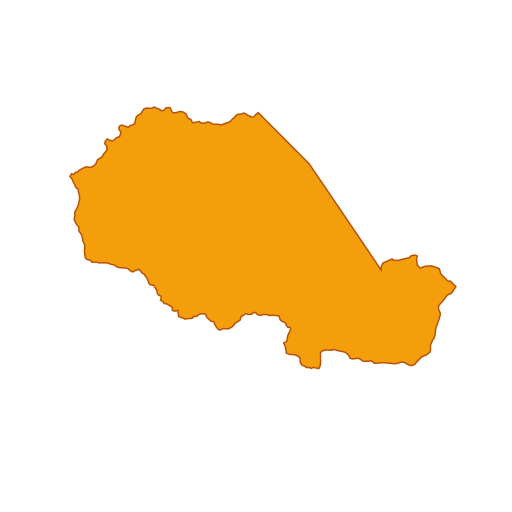 outline of Lagoa Grande, Pernambuco, Brazil, rotated 318°
{"feature_id": "56859067B53919588563168", "entity_name": "Lagoa Grande", "entity_type": "district", "adm_level": 2, "iso_a3": "BRA", "parent_name": "Brazil", "parent_adm1": "Pernambuco", "projection": "mercator", "projection_center": [-40.254, -8.803], "detail": "fine", "context": "isolated", "style": "filled", "palette": "amber", "viewbox_px": 512, "rotation_deg": 318, "n_neighbors": 0, "source": "geoboundaries", "source_scale": "gbopen_adm2", "svg_char_len": 4071}
<svg xmlns="http://www.w3.org/2000/svg" viewBox="0 0 512 512"><g transform="rotate(318 256 256)"><path d="M137.5,158.5L140.9,161.7L143.1,165.8L144.8,167.8L145.2,170.8L146.6,173.1L152.2,179.0L153.1,184.2L154.2,185.7L156.5,185.9L158.1,186.8L160.0,187.5L160.2,190.2L159.9,192.0L160.8,195.2L160.2,197.0L160.4,199.1L159.2,202.1L158.2,204.4L158.3,206.9L160.5,209.7L159.5,213.5L159.1,215.9L157.8,217.4L157.3,219.3L158.6,222.4L157.4,223.7L155.4,225.0L156.4,227.4L155.9,229.8L157.6,231.8L159.5,238.0L157.5,240.5L158.7,242.6L161.3,244.1L159.9,246.3L158.1,249.2L159.2,251.6L160.3,253.2L160.9,255.3L162.7,256.4L164.1,257.4L165.4,258.6L167.1,259.7L168.9,259.1L170.9,260.7L172.8,261.2L174.7,261.3L176.8,262.6L178.6,264.0L179.6,265.4L178.4,268.8L178.9,274.2L180.7,276.7L179.6,279.3L179.2,281.3L178.8,284.5L179.4,286.8L182.8,288.0L184.9,289.7L186.3,291.5L190.1,292.6L193.0,292.6L195.1,292.1L197.3,292.3L201.6,293.0L203.6,291.2L207.0,291.5L209.8,292.0L211.1,294.3L213.8,296.4L215.9,296.2L217.8,297.5L217.9,299.8L218.6,301.9L219.9,303.3L222.7,304.6L223.9,306.0L225.3,307.1L226.0,309.2L228.7,311.0L233.0,316.0L231.6,318.6L231.4,321.4L232.5,323.4L233.1,325.6L232.2,327.8L231.9,330.3L233.7,332.0L232.4,334.0L228.5,335.4L225.6,336.9L222.0,340.0L218.3,339.2L217.1,343.1L215.3,346.1L213.6,348.5L214.5,350.4L215.6,352.2L218.7,355.3L220.5,359.3L220.4,361.4L217.7,364.6L217.1,368.4L218.5,370.0L218.7,372.4L221.1,374.7L221.8,376.4L224.1,377.2L227.3,381.7L229.1,381.1L231.5,379.6L233.9,377.2L235.2,375.3L237.3,373.2L238.5,371.7L240.8,370.6L243.2,371.6L245.8,373.2L249.4,376.9L251.3,377.5L254.0,381.9L256.3,384.7L257.7,387.0L258.5,390.6L258.3,392.5L257.4,394.8L258.8,397.0L263.7,400.5L264.5,402.7L265.2,406.0L267.2,407.5L269.2,409.6L271.5,410.6L272.2,414.9L276.6,418.5L279.4,420.6L280.7,422.0L286.9,428.8L289.0,430.3L293.0,432.0L294.7,433.8L296.9,439.7L298.1,441.4L299.6,442.3L301.6,442.6L306.5,442.2L311.0,441.8L314.0,442.6L316.4,443.5L320.7,443.9L323.2,442.3L325.8,439.1L331.0,436.7L333.3,436.2L336.4,434.4L338.1,432.8L341.8,429.6L346.8,427.1L351.5,424.4L353.9,422.7L354.9,421.2L356.4,417.0L358.7,415.1L367.8,414.0L370.3,413.3L372.7,413.2L376.0,414.5L384.0,412.6L383.8,408.3L383.6,404.5L381.9,403.2L381.7,400.8L381.6,397.3L381.3,395.1L381.5,392.7L382.9,389.7L383.7,388.0L381.0,382.7L379.8,380.6L377.4,379.0L375.2,377.0L372.2,375.7L369.9,374.8L369.8,371.0L371.0,368.7L372.4,367.0L373.6,365.3L375.9,363.9L374.8,361.8L371.6,359.6L369.0,359.9L358.1,354.0L355.5,351.3L355.2,349.3L350.4,347.7L345.5,346.1L341.7,348.0L339.6,350.1L342.6,328.9L356.2,230.3L357.2,223.1L354.0,158.9L353.9,156.7L353.7,153.0L353.5,150.9L350.5,150.8L347.4,151.1L345.9,150.2L345.1,147.9L344.0,146.0L343.5,143.4L342.3,141.5L339.6,140.4L337.2,138.4L334.8,138.1L332.6,138.7L330.5,138.3L327.6,138.8L325.1,138.4L323.4,137.4L318.0,135.4L316.4,133.4L315.1,131.8L312.2,129.4L310.9,125.5L309.7,123.9L307.0,123.0L304.4,120.8L303.7,117.9L300.9,116.5L298.0,114.4L299.0,110.7L297.9,109.2L297.8,107.2L299.0,104.0L298.4,100.7L296.3,97.7L293.5,96.5L290.8,94.8L289.9,93.2L291.4,88.1L288.0,85.5L285.5,86.4L282.9,84.8L282.7,82.9L279.9,77.1L277.5,76.5L276.2,75.4L274.6,73.9L273.3,72.6L271.0,71.7L267.7,72.6L265.2,73.3L262.8,72.3L259.7,72.7L256.7,74.8L254.6,76.3L252.1,76.1L250.0,74.9L247.5,74.9L246.2,73.3L245.1,71.1L244.0,69.1L242.3,68.1L240.2,68.7L238.7,70.8L238.7,73.3L236.2,75.2L234.3,76.0L232.7,75.1L230.3,74.6L227.6,75.0L225.7,73.8L224.6,71.4L223.6,69.5L220.7,69.9L218.7,71.4L218.6,74.3L216.4,77.4L214.0,77.9L211.4,78.2L209.0,79.0L206.6,79.2L202.8,78.4L200.3,79.5L198.4,80.5L196.6,80.5L194.2,80.1L192.1,79.3L190.9,77.6L188.9,75.7L186.1,75.0L183.8,74.4L181.4,73.9L179.6,74.2L177.8,73.0L175.1,73.5L173.8,71.4L170.9,72.5L170.8,75.8L169.6,79.2L168.5,83.1L167.9,85.4L168.7,87.1L166.9,89.6L165.4,92.7L163.3,95.4L159.1,98.4L156.5,100.0L150.6,102.2L148.6,104.6L145.4,107.2L144.3,110.2L143.7,113.2L143.9,115.5L141.0,119.3L140.7,122.7L140.0,124.8L139.2,126.4L137.5,128.7L136.0,133.4L133.8,135.8L132.2,137.0L128.0,143.0L128.1,145.4L130.1,148.6L129.9,150.9L133.8,154.1L134.5,155.8L137.5,158.5Z" fill="#f59e0b" stroke="#b45309" stroke-width="1.5"/></g></svg>